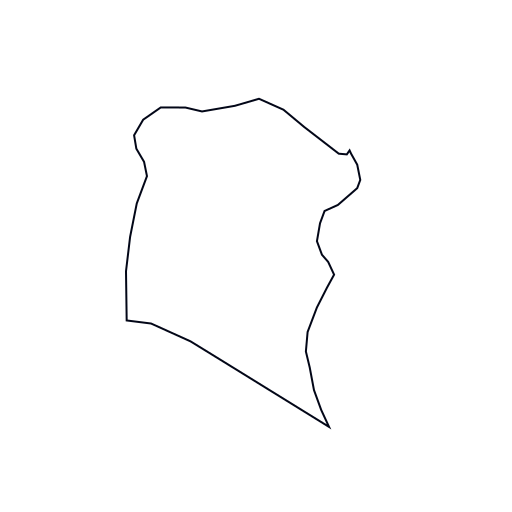 an SVG outline of Tearce, rotated 229°
{"feature_id": "MKD-2957", "entity_name": "Tearce", "entity_type": "Municipality", "adm_level": 1, "iso_a3": "MKD", "parent_name": "North Macedonia", "parent_adm1": "", "projection": "robinson", "projection_center": [21.028, 42.087], "detail": "fine", "context": "isolated", "style": "outline", "palette": "ink", "viewbox_px": 512, "rotation_deg": 229, "n_neighbors": 0, "source": "natural_earth", "source_scale": "10m", "svg_char_len": 680}
<svg xmlns="http://www.w3.org/2000/svg" viewBox="0 0 512 512"><g transform="rotate(229 256 256)"><path d="M189.7,164.6L234.5,150.6L273.9,132.5L292.2,116.1L329.8,147.9L353.0,173.5L373.9,200.5L387.8,226.1L400.5,233.3L415.5,236.1L427.1,243.2L432.9,260.3L430.6,281.6L414.4,300.1L400.5,310.1L383.2,338.6L372.7,361.4L348.4,372.7L321.8,377.0L278.9,385.6L273.1,391.2L274.3,395.9L270.9,394.9L258.5,392.3L245.0,384.6L240.8,376.9L240.8,362.9L240.8,351.3L245.0,337.3L238.7,325.8L227.2,311.7L213.7,306.6L204.2,306.6L190.7,302.7L185.5,288.7L177.2,268.2L164.8,245.1L151.2,231.0L136.6,223.4L116.8,211.8L97.0,204.2L79.1,199.0L189.7,164.6Z" fill="none" stroke="#020617" stroke-width="2"/></g></svg>